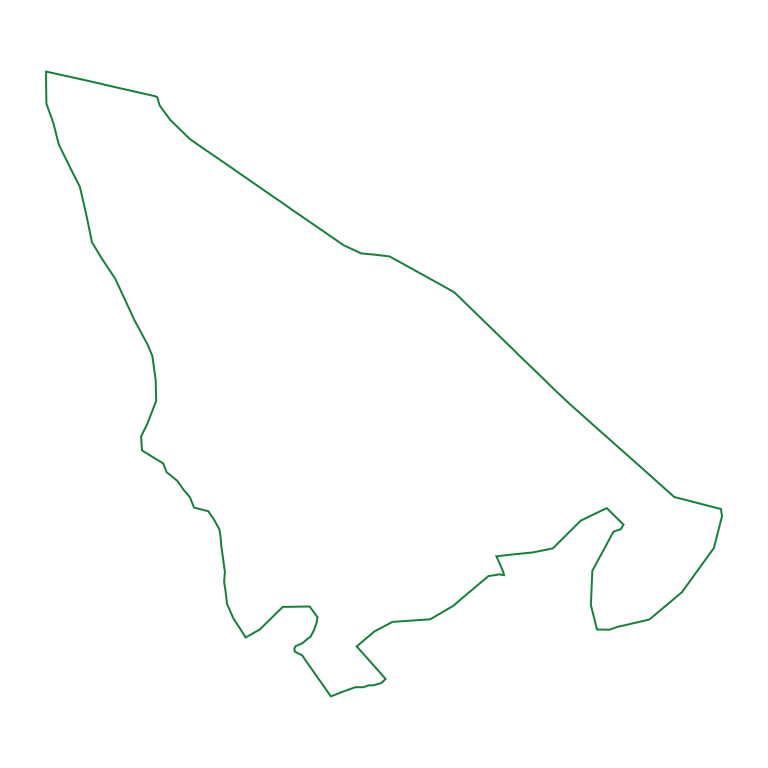 Mai'Adua, Katsina, Nigeria
{"feature_id": "59680162B73440349718888", "entity_name": "Mai'Adua", "entity_type": "district", "adm_level": 2, "iso_a3": "NGA", "parent_name": "Nigeria", "parent_adm1": "Katsina", "projection": "mercator", "projection_center": [8.237, 13.149], "detail": "fine", "context": "isolated", "style": "outline", "palette": "green", "viewbox_px": 768, "rotation_deg": 0, "n_neighbors": 0, "source": "geoboundaries", "source_scale": "gbopen_adm2", "svg_char_len": 1813}
<svg xmlns="http://www.w3.org/2000/svg" viewBox="0 0 768 768"><path d="M683.0,590.7L702.0,564.4L703.9,561.8L710.3,553.0L713.9,548.0L721.8,517.0L721.9,514.9L720.9,509.0L707.9,505.7L674.2,497.0L646.5,472.2L631.1,458.5L618.7,447.6L606.7,436.9L599.0,430.1L582.9,415.7L569.8,404.1L556.3,391.4L549.1,384.4L533.2,368.9L519.7,356.0L512.4,348.7L496.9,333.7L454.2,292.2L431.5,279.6L389.5,256.4L374.2,254.6L361.1,253.4L343.5,245.2L328.7,234.9L317.9,227.5L291.5,209.4L285.9,205.4L278.1,200.0L272.9,196.5L259.4,187.1L237.7,172.1L228.7,165.8L204.7,149.4L189.9,139.1L170.3,120.0L159.7,105.5L157.2,97.2L155.2,96.2L142.7,93.4L117.6,87.7L86.1,80.4L46.1,71.6L46.1,83.9L46.4,103.6L53.3,122.9L58.9,144.8L72.9,173.1L79.9,186.9L86.2,214.3L90.7,236.1L91.9,242.1L101.7,258.4L115.3,278.8L134.4,320.1L147.6,344.6L152.4,356.1L155.7,380.5L156.2,400.8L147.2,424.2L141.1,436.3L142.0,450.4L156.0,459.1L163.1,463.3L166.6,472.2L177.1,480.7L183.7,489.9L190.0,497.4L194.0,507.6L208.3,511.2L214.1,519.8L219.5,529.6L220.7,538.0L221.3,545.9L222.9,557.5L224.9,572.1L224.1,581.9L225.4,589.8L227.1,604.1L233.3,618.3L240.9,629.9L245.6,637.5L259.8,629.5L282.7,606.9L309.7,606.5L317.5,617.3L316.6,622.7L313.9,630.4L310.4,636.9L306.9,639.3L302.6,643.1L295.8,646.1L294.3,648.4L294.8,651.6L302.3,655.4L305.7,660.6L330.9,696.4L341.9,692.0L355.4,687.2L363.6,687.2L368.5,685.3L371.8,685.4L373.0,685.4L380.9,683.2L383.1,681.4L385.6,678.9L356.7,646.4L374.2,631.6L392.4,621.9L430.2,619.3L453.1,605.9L468.5,592.8L488.4,576.1L499.3,574.4L504.0,575.1L503.3,572.2L502.4,570.1L501.4,567.6L500.5,565.4L498.8,561.6L496.4,556.3L513.2,554.4L532.3,552.5L552.8,548.4L580.8,520.6L606.7,508.1L623.5,524.6L620.9,529.2L613.5,531.6L592.3,570.9L590.9,605.2L597.0,629.5L609.5,629.7L617.5,626.9L649.4,619.5L681.9,592.2L683.0,590.7Z" fill="none" stroke="#15803d" stroke-width="2"/></svg>